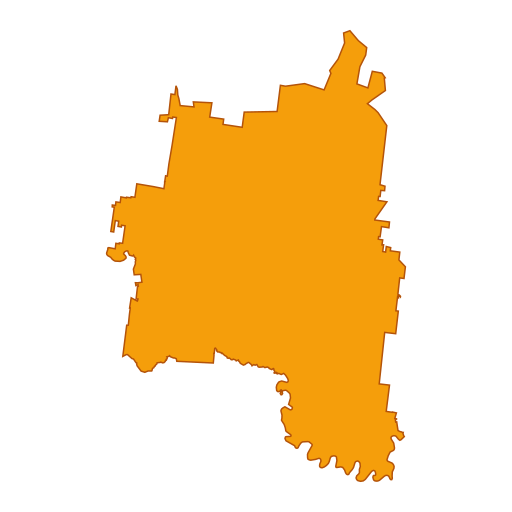 outline of González, Tamaulipas, Mexico
{"feature_id": "50627088B9709578345149", "entity_name": "González", "entity_type": "district", "adm_level": 2, "iso_a3": "MEX", "parent_name": "Mexico", "parent_adm1": "Tamaulipas", "projection": "robinson", "projection_center": [-98.554, 22.79], "detail": "fine", "context": "isolated", "style": "filled", "palette": "amber", "viewbox_px": 512, "rotation_deg": 0, "n_neighbors": 0, "source": "geoboundaries", "source_scale": "gbopen_adm2", "svg_char_len": 6092}
<svg xmlns="http://www.w3.org/2000/svg" viewBox="0 0 512 512"><path d="M405.4,266.8L398.9,259.9L399.8,252.1L390.3,250.8L390.7,247.6L386.3,246.5L385.6,252.1L382.7,251.5L383.6,244.8L382.0,244.9L382.7,239.9L378.3,239.2L378.6,236.6L380.1,236.8L381.5,226.6L388.9,227.8L389.5,222.0L374.8,220.0L374.9,218.9L386.9,201.8L378.1,200.4L378.6,196.4L380.1,196.5L380.8,190.4L384.6,190.7L385.0,186.2L380.0,184.7L386.8,125.6L378.1,112.7L374.9,109.5L367.4,103.7L372.0,99.9L385.4,90.5L384.3,78.1L385.2,77.8L381.9,73.1L372.3,71.3L367.9,87.9L356.9,83.9L359.9,66.7L365.7,55.1L366.7,47.6L358.3,40.6L349.9,30.7L343.6,33.0L344.6,43.0L338.1,59.1L329.7,70.5L330.9,73.4L324.1,89.9L304.6,83.6L285.5,86.2L280.4,85.3L277.1,111.5L244.2,112.1L242.2,127.3L223.0,124.4L223.7,119.1L209.7,117.1L211.9,102.8L193.3,101.9L194.0,106.9L180.2,105.6L178.8,98.3L177.8,95.0L177.4,89.3L176.0,85.8L174.9,94.6L171.0,94.0L168.7,114.7L160.1,115.2L159.2,121.3L167.4,121.8L168.4,117.7L172.5,118.5L172.8,117.0L176.4,117.5L172.0,145.8L168.9,163.9L167.3,176.1L165.6,175.8L164.8,181.2L165.1,181.4L164.6,182.0L164.8,182.2L163.9,188.7L153.4,186.6L136.8,183.8L134.9,197.3L131.1,196.7L130.8,197.8L126.5,197.2L126.4,197.9L120.9,196.9L120.2,202.5L115.9,201.9L115.5,205.4L112.3,205.0L112.2,206.9L114.3,207.2L110.8,231.5L113.7,232.0L115.3,220.6L118.7,221.2L118.0,226.4L121.4,227.0L121.6,225.2L125.1,225.8L122.6,243.3L119.3,242.9L119.2,243.8L115.9,243.3L115.2,248.8L108.8,247.6L108.0,247.9L107.8,248.1L107.9,249.2L106.7,252.7L106.6,253.7L106.9,254.6L107.7,255.6L110.7,257.3L112.2,259.2L113.6,260.3L115.1,261.1L120.1,261.4L123.6,260.2L125.9,258.3L126.1,257.8L126.0,256.8L125.4,255.7L123.7,254.0L123.7,253.2L124.8,251.7L126.8,250.8L127.8,251.0L128.3,252.7L129.5,255.2L132.5,256.0L133.2,255.8L133.6,255.2L134.5,257.1L135.6,257.7L135.7,258.6L135.2,259.2L135.8,260.1L135.3,261.9L135.4,263.9L133.4,269.1L134.2,274.8L140.8,274.4L141.9,282.2L137.6,282.8L135.4,282.7L135.9,285.6L138.1,284.6L138.3,286.3L137.5,286.7L136.1,298.8L138.0,299.0L137.5,300.8L137.3,301.1L131.2,297.8L129.6,308.0L130.2,307.9L130.2,308.7L129.5,313.7L128.3,325.2L126.7,325.2L122.8,356.4L126.2,354.6L127.5,354.6L132.0,358.6L133.5,359.0L136.0,362.7L136.7,362.9L136.7,364.3L137.1,365.8L141.1,371.1L144.8,372.3L148.1,371.0L151.6,371.0L151.9,370.8L152.5,368.4L153.8,367.7L154.5,366.2L155.0,366.2L155.8,364.8L156.8,364.0L157.1,362.8L160.4,362.4L160.7,362.1L161.6,362.5L161.8,362.4L162.7,362.9L164.0,362.6L165.2,361.5L165.3,360.9L166.2,360.3L166.1,359.6L166.6,359.5L166.5,359.0L167.1,358.5L167.3,357.4L166.9,356.8L168.7,356.4L169.6,355.7L170.3,356.7L173.5,358.0L174.3,357.9L176.3,358.7L176.8,361.3L213.3,363.0L214.0,355.3L213.8,353.5L214.2,353.5L214.7,348.4L215.5,348.1L216.9,350.1L216.5,350.7L217.8,352.0L219.4,352.0L220.2,352.6L220.4,352.4L221.1,352.6L221.8,353.4L222.1,353.1L224.6,355.4L226.8,356.6L227.2,357.9L228.2,358.3L229.2,358.0L230.1,358.6L231.2,359.7L232.2,359.8L232.9,359.5L233.2,359.1L235.6,360.0L236.2,360.9L238.4,360.0L238.9,361.4L239.5,361.7L240.3,363.3L243.4,365.1L245.1,364.5L246.1,363.6L248.3,362.4L249.2,362.7L251.5,364.7L252.0,365.8L253.8,364.6L255.1,365.2L256.8,364.5L258.2,366.8L259.1,367.2L262.3,367.0L263.0,366.5L264.9,367.6L267.2,367.0L268.7,367.6L269.2,368.5L271.8,369.6L273.2,368.5L273.8,368.9L274.0,370.4L274.8,371.3L274.8,371.9L274.1,372.5L274.2,373.1L274.9,373.2L276.6,372.4L276.9,372.7L276.3,373.2L277.2,373.9L278.9,373.4L281.2,374.5L283.7,373.4L285.5,375.1L287.6,378.4L288.3,380.3L288.0,381.7L286.9,382.4L281.7,381.0L279.1,381.8L278.3,382.6L276.8,385.0L276.3,387.3L276.7,390.7L278.0,391.7L279.6,391.4L280.2,390.9L280.5,390.1L281.4,390.0L281.5,390.4L281.3,391.1L280.2,393.5L281.1,394.8L281.8,394.7L282.6,393.6L282.2,391.8L282.8,390.7L285.3,390.2L286.1,390.3L287.1,391.0L289.3,393.0L290.1,394.2L290.5,398.0L288.6,404.4L292.2,407.1L292.4,407.7L292.0,409.2L290.8,409.9L290.0,409.7L284.9,406.8L282.9,407.9L281.6,409.0L281.0,410.3L281.0,411.2L282.0,415.1L281.9,418.2L281.5,420.1L281.7,420.6L284.2,424.5L285.3,427.8L285.8,430.8L286.3,431.5L290.6,434.6L291.0,435.2L290.9,436.1L290.4,436.4L286.5,436.6L285.8,436.7L285.3,437.2L285.0,438.6L286.0,440.8L294.6,445.7L295.3,447.4L295.9,448.0L297.0,448.3L298.1,447.7L299.0,445.7L300.8,443.1L302.4,441.9L307.6,441.6L309.0,441.8L311.7,444.0L312.2,444.7L312.1,445.5L308.0,452.9L307.5,454.5L307.6,457.9L308.0,459.2L309.3,459.9L310.7,460.2L315.5,459.4L318.6,458.4L319.6,458.4L320.5,459.1L320.9,460.3L320.9,461.4L319.9,463.7L319.6,465.2L319.7,466.6L320.4,467.4L321.3,467.7L322.4,467.7L324.4,466.9L326.5,465.4L328.4,463.4L329.3,461.4L330.2,458.1L331.3,456.4L333.9,455.8L335.6,456.2L336.4,456.9L336.9,460.5L335.8,466.2L335.9,467.0L336.2,467.4L336.9,467.5L340.7,466.9L342.7,467.4L344.6,470.0L345.6,472.8L346.4,474.0L347.3,474.6L348.1,474.6L348.9,474.1L349.5,472.7L352.2,469.6L353.5,467.5L355.0,462.6L355.7,461.6L357.4,461.0L358.4,461.3L359.3,462.1L360.0,463.2L360.3,466.6L359.4,469.3L359.4,472.7L358.9,473.7L356.7,475.9L356.1,477.8L356.3,478.7L356.9,479.8L357.8,480.6L360.5,481.3L363.2,480.9L365.3,479.4L371.3,471.8L372.3,470.9L373.5,470.4L374.7,470.8L375.2,471.7L375.6,473.2L375.7,474.5L375.5,475.1L375.0,475.4L373.5,475.5L373.1,476.2L372.9,477.3L373.5,479.6L374.1,480.4L375.0,480.9L376.4,481.1L377.8,481.0L379.5,480.3L384.2,476.3L385.5,475.5L386.9,475.3L388.1,475.7L388.9,476.4L389.9,478.6L390.5,479.5L391.2,479.7L391.8,479.6L392.3,478.3L392.1,476.0L392.3,471.9L393.9,468.4L394.1,466.6L393.7,465.2L392.8,463.8L392.1,463.1L387.8,461.2L387.2,460.5L387.0,459.7L388.2,455.8L390.1,452.1L393.6,450.3L394.3,449.2L394.5,448.0L393.7,443.1L391.4,439.4L390.9,438.0L391.3,436.9L392.1,436.2L393.6,435.7L394.9,435.8L396.0,436.2L398.5,439.3L399.8,440.3L401.1,439.7L404.3,436.6L403.6,435.5L403.0,433.3L403.2,432.5L402.5,432.6L401.9,432.0L400.1,431.6L398.0,430.5L396.7,421.9L395.7,422.1L395.3,419.4L397.1,419.0L394.8,418.4L396.4,412.9L392.4,412.0L392.3,412.3L386.2,411.4L389.5,385.1L379.2,383.9L384.7,332.4L395.7,333.7L398.3,311.1L395.9,310.8L397.6,296.5L398.5,297.5L398.7,295.6L399.1,296.0L399.4,295.8L400.4,296.9L400.5,296.3L399.5,295.2L399.2,295.6L397.9,294.1L399.7,277.9L404.0,278.5L405.4,266.8Z" fill="#f59e0b" stroke="#b45309" stroke-width="1.5"/></svg>